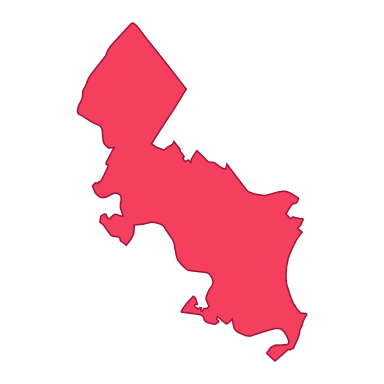 Phan Rang-Thap Cham, Ninh Thuận, Vietnam
{"feature_id": "81297802B48689828615161", "entity_name": "Phan Rang-Thap Cham", "entity_type": "district", "adm_level": 2, "iso_a3": "VNM", "parent_name": "Vietnam", "parent_adm1": "Ninh Thuận", "projection": "natural_earth1", "projection_center": [108.979, 11.602], "detail": "fine", "context": "isolated", "style": "filled", "palette": "rose", "viewbox_px": 384, "rotation_deg": 0, "n_neighbors": 0, "source": "geoboundaries", "source_scale": "gbopen_adm2", "svg_char_len": 4338}
<svg xmlns="http://www.w3.org/2000/svg" viewBox="0 0 384 384"><path d="M131.5,23.6L130.8,24.0L110.9,45.7L107.9,50.1L107.2,51.8L106.4,53.9L105.5,56.1L96.1,67.9L89.9,76.0L88.4,78.7L86.9,82.2L85.2,86.9L83.8,88.6L82.7,91.9L82.6,96.3L81.8,99.4L79.5,103.9L78.3,106.5L77.4,110.4L77.7,112.4L78.5,114.0L82.1,115.8L89.8,120.8L94.0,123.2L98.8,125.1L100.5,126.4L101.5,128.1L102.2,129.8L102.5,133.9L103.3,141.5L104.4,144.1L107.5,147.1L108.9,148.3L110.4,147.7L114.0,147.6L108.9,157.4L106.4,161.9L106.1,163.8L106.3,164.5L107.9,164.8L108.4,165.7L107.6,167.7L101.9,179.4L100.6,181.4L98.4,182.0L97.9,183.6L96.0,182.8L95.4,182.8L94.6,183.6L92.4,186.1L94.0,189.7L95.3,193.0L96.9,194.6L98.6,196.1L101.1,197.5L103.2,197.7L106.0,197.2L111.7,194.3L114.0,193.2L115.9,193.1L118.0,193.7L120.1,195.0L121.0,197.1L121.2,199.9L120.4,203.7L120.4,207.8L121.4,211.0L123.1,215.7L121.9,216.2L119.1,215.5L116.8,214.5L115.1,214.3L114.5,214.4L113.7,214.7L111.0,217.4L110.0,218.5L108.7,218.7L107.5,217.7L106.9,217.1L106.3,214.9L105.8,214.1L105.1,214.0L103.7,214.4L100.9,216.0L99.8,222.1L103.5,225.0L106.3,229.0L109.6,233.6L111.4,235.7L114.6,236.5L118.2,236.9L119.3,237.5L119.9,238.2L120.4,240.8L123.0,242.5L125.4,244.5L126.3,245.3L126.4,245.1L128.5,242.5L130.9,239.3L132.5,236.2L133.6,233.8L134.1,230.0L134.3,225.0L143.0,224.2L151.3,222.2L152.0,222.3L155.3,222.6L159.0,223.6L161.3,224.6L163.4,225.8L167.2,231.6L172.6,239.7L174.2,243.3L174.9,248.2L176.4,256.0L177.8,260.1L181.7,264.8L185.8,268.7L188.2,270.3L193.0,271.0L200.9,271.9L203.4,272.1L205.8,272.4L208.9,273.5L211.7,277.4L212.1,278.5L212.5,279.8L213.1,281.3L212.9,282.9L212.7,284.1L212.6,284.9L210.4,288.0L208.8,290.5L208.1,292.0L206.3,296.5L206.1,299.7L208.1,304.5L209.3,306.3L208.3,307.1L207.2,308.2L206.4,308.5L205.6,308.5L204.6,308.4L204.2,308.5L203.7,308.9L202.4,310.8L202.0,311.0L201.4,311.0L201.0,310.8L200.7,310.3L200.8,309.9L201.5,308.2L201.5,307.9L201.3,307.7L201.0,307.6L200.1,307.8L199.1,308.1L198.2,308.8L197.9,309.0L196.9,307.9L195.8,307.4L194.9,307.0L194.7,306.7L194.6,305.9L194.7,305.1L195.3,304.6L196.0,304.5L197.1,304.6L197.3,304.5L197.4,304.2L197.4,303.9L196.7,302.0L196.2,300.3L195.6,298.4L193.7,296.4L193.2,296.2L192.4,297.1L186.4,303.6L182.8,308.7L181.8,310.5L181.3,311.6L181.5,312.1L191.4,313.4L197.5,314.2L200.8,314.9L203.1,316.3L203.7,317.9L204.5,320.5L207.2,322.5L212.3,323.9L215.2,324.2L218.2,322.4L218.8,321.7L218.4,320.8L216.7,319.3L217.0,317.6L217.7,316.7L222.9,321.3L226.0,323.8L227.5,323.7L228.9,322.5L232.1,319.3L232.6,321.3L233.9,327.3L234.8,329.4L236.6,331.3L239.2,332.9L246.2,335.8L250.3,336.1L251.7,335.6L254.8,334.6L267.5,330.6L274.7,328.6L279.8,328.6L282.5,330.1L284.1,331.8L284.4,332.2L286.8,336.1L288.5,340.0L289.0,342.2L288.2,343.9L286.7,344.5L281.0,345.1L275.7,345.1L272.2,346.6L270.7,347.5L266.6,353.3L275.0,361.0L286.7,350.8L288.2,349.5L288.8,349.6L289.6,349.8L290.4,349.8L293.6,348.0L293.9,347.4L293.9,346.9L297.5,339.4L298.8,335.8L299.5,333.0L299.7,330.6L300.0,329.7L302.2,325.0L302.9,322.0L303.9,319.7L305.6,316.4L306.6,315.1L306.6,314.4L306.4,313.8L305.9,313.5L304.6,313.4L303.5,313.2L303.0,313.2L301.9,313.4L301.0,313.2L299.2,311.3L297.3,309.5L295.7,307.1L295.0,305.5L294.5,304.9L293.6,304.0L292.2,300.8L289.9,294.8L288.1,288.8L287.1,285.7L286.7,284.4L286.3,281.9L286.1,279.4L286.0,277.2L286.0,274.4L286.3,270.0L286.6,266.5L288.2,258.5L289.2,255.9L290.0,253.4L293.2,246.2L296.5,239.8L299.9,234.9L301.8,232.6L302.2,232.1L297.7,228.5L298.0,227.8L300.6,225.2L302.7,220.7L303.1,219.6L302.8,218.8L299.8,218.5L295.9,217.8L293.0,216.9L291.0,218.5L290.3,218.5L286.0,213.8L291.1,205.6L293.0,203.7L295.9,203.3L297.2,202.0L298.2,199.7L298.4,198.2L291.4,193.6L288.2,192.1L285.4,191.3L282.4,191.3L277.8,192.1L265.7,195.5L263.8,195.5L255.0,194.1L250.0,192.4L247.9,191.4L246.9,190.2L246.4,189.7L236.7,177.1L226.9,164.1L225.7,169.1L224.1,168.8L220.5,167.1L214.9,163.1L212.5,162.2L209.5,162.2L207.6,161.4L204.0,157.5L197.0,150.7L196.5,150.9L193.7,155.4L191.4,159.1L190.7,162.4L188.4,160.0L187.3,160.3L185.1,161.7L182.9,158.5L183.8,157.3L184.1,156.5L180.2,151.1L179.9,149.0L173.9,141.5L173.4,143.1L172.7,144.2L170.9,145.4L167.3,147.3L164.3,150.2L164.1,150.2L161.8,149.2L155.8,147.0L152.6,144.6L151.6,143.7L161.1,128.7L174.0,109.0L186.3,89.0L185.0,87.6L164.9,61.6L145.7,37.6L136.7,25.8L134.8,24.1L133.6,23.5L132.4,23.0L131.5,23.6Z" fill="#f43f5e" stroke="#9f1239" stroke-width="1.5"/></svg>